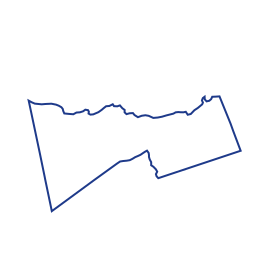 Igarapé Grande, Maranhão, Brazil, rotated 71°
{"feature_id": "56859067B222723786922", "entity_name": "Igarapé Grande", "entity_type": "district", "adm_level": 2, "iso_a3": "BRA", "parent_name": "Brazil", "parent_adm1": "Maranhão", "projection": "equal_earth", "projection_center": [-44.85, -4.583], "detail": "fine", "context": "isolated", "style": "outline", "palette": "blue", "viewbox_px": 256, "rotation_deg": 71, "n_neighbors": 0, "source": "geoboundaries", "source_scale": "gbopen_adm2", "svg_char_len": 1352}
<svg xmlns="http://www.w3.org/2000/svg" viewBox="0 0 256 256"><g transform="rotate(71 128 128)"><path d="M185.3,115.7L186.2,28.9L165.2,29.5L157.4,29.6L127.9,31.2L126.8,35.2L125.9,38.2L127.8,40.0L128.7,42.3L128.4,45.0L125.9,46.1L123.4,45.4L124.1,47.5L126.0,49.1L128.4,48.9L129.8,50.2L131.8,55.5L132.8,59.4L135.2,64.1L134.9,67.2L131.5,68.1L131.2,70.5L130.5,72.5L129.3,75.3L128.7,77.9L129.2,80.4L128.6,87.4L128.4,92.1L127.8,96.4L126.7,100.8L123.2,104.5L121.6,107.4L120.9,111.0L121.0,115.1L117.9,117.6L115.5,118.5L114.6,121.7L114.4,124.9L112.1,126.1L109.8,125.3L107.5,126.9L104.0,128.3L104.0,131.1L102.8,134.1L100.6,134.7L101.1,138.5L100.3,141.6L101.3,144.5L102.3,147.0L103.4,150.8L103.8,156.4L103.1,159.2L101.5,160.6L99.8,159.7L98.1,160.0L96.8,162.4L97.6,165.1L97.5,168.4L96.6,171.7L97.2,175.2L95.3,179.6L93.5,183.5L91.0,183.7L88.7,183.5L86.7,184.2L84.4,186.2L82.5,188.4L80.1,192.5L78.4,198.3L77.5,201.9L74.6,208.2L72.4,210.6L69.8,213.0L82.1,214.5L124.0,219.7L147.2,222.7L149.3,223.0L181.8,227.1L166.3,177.2L158.1,150.1L157.1,146.4L157.6,143.5L158.5,139.8L159.0,136.8L158.6,133.8L157.9,130.7L157.7,127.7L157.4,124.9L156.6,122.0L156.0,119.7L155.6,117.4L158.3,116.6L160.5,117.0L162.2,117.6L164.8,117.7L167.8,117.2L170.8,118.2L172.9,116.6L176.1,115.1L178.8,114.6L180.7,116.6L182.9,116.7L185.3,115.7Z" fill="none" stroke="#1e3a8a" stroke-width="2"/></g></svg>